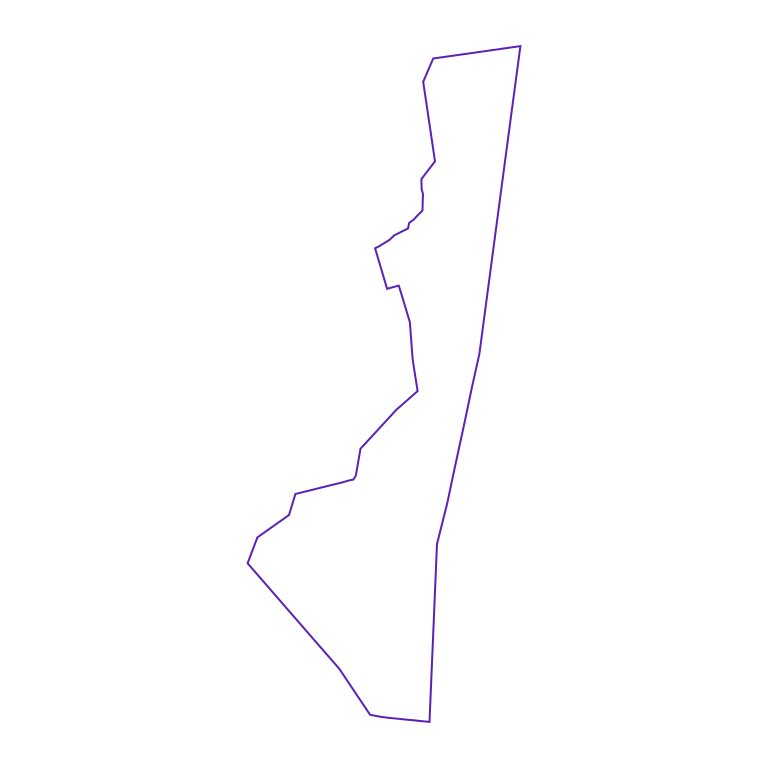 outline of Santo Antônio de Lisboa, Piauí, Brazil
{"feature_id": "56859067B76948986204583", "entity_name": "Santo Antônio de Lisboa", "entity_type": "district", "adm_level": 2, "iso_a3": "BRA", "parent_name": "Brazil", "parent_adm1": "Piauí", "projection": "albers", "projection_center": [-41.218, -6.885], "detail": "fine", "context": "isolated", "style": "outline", "palette": "violet", "viewbox_px": 768, "rotation_deg": 0, "n_neighbors": 0, "source": "geoboundaries", "source_scale": "gbopen_adm2", "svg_char_len": 772}
<svg xmlns="http://www.w3.org/2000/svg" viewBox="0 0 768 768"><path d="M257.4,537.4L247.6,563.3L290.4,612.6L313.0,638.6L339.3,668.8L370.1,714.8L381.3,716.9L389.1,717.9L429.5,721.9L437.0,544.0L447.2,503.4L454.4,469.4L464.0,425.1L468.0,406.1L471.6,388.8L479.4,353.8L501.7,186.1L520.4,46.1L433.2,58.5L423.2,81.8L435.0,161.3L421.4,179.1L421.7,189.8L423.0,193.9L422.7,201.6L422.5,210.5L417.2,215.8L413.8,219.5L409.2,222.9L408.0,228.5L401.9,231.5L394.1,235.4L389.6,239.8L379.0,246.3L375.1,248.3L387.1,288.8L398.7,285.6L400.3,290.4L409.9,322.3L411.9,349.6L412.5,357.6L413.3,363.6L417.6,391.1L396.4,409.7L360.5,448.7L355.9,475.3L353.5,479.5L348.4,480.6L343.3,482.1L336.3,483.9L330.3,485.3L295.4,494.0L289.0,515.0L257.4,537.4Z" fill="none" stroke="#5b21b6" stroke-width="2"/></svg>